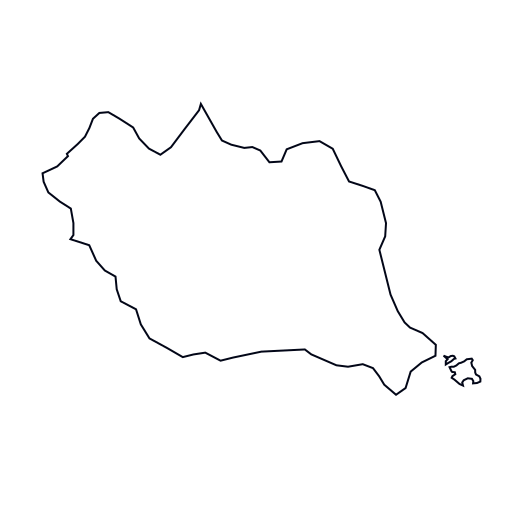 the district of Dangjin-si, South Chungcheong, South Korea, rotated 166°
{"feature_id": "91817680B720891985776", "entity_name": "Dangjin-si", "entity_type": "district", "adm_level": 2, "iso_a3": "KOR", "parent_name": "South Korea", "parent_adm1": "South Chungcheong", "projection": "equal_earth", "projection_center": [126.58, 36.905], "detail": "fine", "context": "isolated", "style": "outline", "palette": "ink", "viewbox_px": 512, "rotation_deg": 166, "n_neighbors": 0, "source": "geoboundaries", "source_scale": "gbopen_adm2", "svg_char_len": 1701}
<svg xmlns="http://www.w3.org/2000/svg" viewBox="0 0 512 512"><g transform="rotate(166 256 256)"><path d="M428.1,320.5L432.0,317.2L415.2,306.8L412.2,290.0L406.2,278.5L397.3,270.0L399.2,257.4L398.2,244.8L385.3,233.3L384.3,217.5L379.3,201.8L364.4,188.1L351.5,175.6L340.5,175.6L328.6,174.5L315.7,163.0L302.8,163.0L273.9,161.9L231.2,153.5L226.2,147.2L204.4,130.5L193.5,126.3L178.6,125.2L169.6,118.9L165.6,109.5L162.7,100.1L153.7,87.5L142.8,91.7L133.9,106.4L120.9,112.6L106.0,115.8L103.0,126.3L113.0,140.9L123.9,149.3L127.9,155.6L131.8,168.2L134.8,186.0L134.8,195.5L134.8,208.1L134.8,211.2L134.8,232.2L125.9,243.8L121.9,256.4L121.9,278.5L124.8,291.1L135.8,298.4L147.7,305.8L151.7,322.6L155.6,341.5L166.6,352.1L183.5,354.2L200.4,352.1L208.4,341.5L220.3,343.7L226.3,357.3L233.2,362.6L241.2,363.7L253.1,370.0L261.1,376.3L264.1,385.8L272.7,416.9L276.0,411.2L294.6,396.4L312.2,382.1L324.3,377.4L333.9,386.1L340.9,398.3L344.1,410.4L355.5,422.5L364.5,431.3L373.4,432.7L381.0,428.6L386.7,420.5L393.1,413.1L402.0,407.7L414.8,400.9L414.3,398.4L427.2,391.0L443.1,387.9L444.1,379.4L442.1,367.9L433.2,356.3L424.2,346.8L425.2,332.1L428.1,320.5ZM76.2,84.6L75.4,82.0L76.2,79.9L72.3,79.3L68.7,79.9L67.9,82.6L68.4,85.2L71.2,87.8L71.5,89.9L70.9,92.5L72.9,96.9L72.9,100.4L70.9,102.5L71.5,104.2L76.5,104.8L79.5,103.4L82.9,102.8L85.1,102.8L88.1,101.3L90.9,100.7L93.1,101.3L95.1,101.3L94.2,96.9L93.7,96.0L91.2,95.1L91.2,93.1L94.5,91.9L95.6,90.5L93.4,88.1L89.5,82.6L86.5,80.2L86.5,83.4L84.5,85.2L80.1,86.1L76.2,84.6ZM95.1,109.5L97.3,108.0L98.1,104.8L95.4,105.7L92.0,106.6L88.7,108.3L87.3,108.3L87.9,110.7L89.2,111.6L91.2,111.8L93.7,111.0L95.6,112.1L98.1,113.9L95.1,109.5Z" fill="none" stroke="#020617" stroke-width="2"/></g></svg>